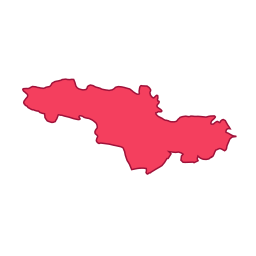 Shibin al-Qanatir, Al Qalyubiyah, Egypt, rotated 96°
{"feature_id": "37247803B12662956160688", "entity_name": "Shibin al-Qanatir", "entity_type": "district", "adm_level": 2, "iso_a3": "EGY", "parent_name": "Egypt", "parent_adm1": "Al Qalyubiyah", "projection": "equal_earth", "projection_center": [31.303, 30.296], "detail": "fine", "context": "isolated", "style": "filled", "palette": "rose", "viewbox_px": 256, "rotation_deg": 96, "n_neighbors": 0, "source": "geoboundaries", "source_scale": "gbopen_adm2", "svg_char_len": 5822}
<svg xmlns="http://www.w3.org/2000/svg" viewBox="0 0 256 256"><g transform="rotate(96 128 128)"><path d="M169.0,120.0L168.2,117.5L167.6,115.6L167.2,114.2L166.7,112.0L166.3,108.5L166.3,107.7L166.4,105.6L166.9,105.5L167.7,105.3L168.2,105.2L168.6,105.2L169.7,105.3L170.4,105.4L170.9,105.0L171.4,104.7L171.6,103.9L171.7,103.6L170.7,102.6L170.2,101.2L170.1,100.9L169.6,100.6L166.2,96.2L165.7,95.5L163.3,92.2L161.8,90.3L158.8,88.3L158.5,88.1L156.0,86.9L154.3,86.1L154.1,84.9L149.2,82.5L147.6,84.4L147.2,84.9L147.3,81.6L147.3,81.3L147.3,78.1L146.6,75.2L147.3,72.2L148.3,70.5L150.3,71.9L154.5,72.0L155.4,70.8L156.3,69.7L156.2,67.5L155.1,59.7L155.6,58.7L155.2,58.1L154.0,56.1L153.2,54.9L152.2,55.5L151.8,55.8L150.8,55.9L148.6,55.5L149.4,54.5L149.9,53.7L150.4,52.8L151.1,50.6L151.2,49.2L151.1,48.0L151.1,47.2L151.0,46.7L150.3,44.4L148.0,42.0L148.3,41.8L147.2,40.6L145.4,39.9L145.1,39.8L142.9,39.2L141.0,38.5L140.8,38.4L140.5,37.8L140.3,37.4L138.9,35.1L138.9,33.6L139.2,32.6L139.9,31.0L140.0,30.7L140.5,29.5L139.6,28.5L138.6,28.0L138.3,27.9L136.8,27.8L135.3,27.7L133.3,27.1L131.7,26.6L129.7,26.0L128.5,25.7L127.6,24.9L126.7,24.1L126.2,23.6L126.0,23.1L125.1,19.3L124.9,20.3L124.9,21.4L124.8,22.6L124.6,23.2L124.3,24.1L124.2,24.4L123.9,25.0L123.7,25.5L123.5,26.1L122.8,27.5L122.4,29.0L122.2,29.5L122.1,29.8L121.7,30.3L121.4,30.3L121.0,30.2L119.8,30.1L118.6,29.2L118.2,28.4L118.1,27.4L118.1,26.3L116.5,27.5L115.9,28.0L114.9,28.9L112.7,30.5L111.7,31.2L110.5,32.0L109.9,33.4L109.6,34.1L110.0,35.2L110.8,35.9L111.5,36.7L111.9,36.8L113.0,37.3L113.0,37.7L112.9,38.1L112.6,38.6L112.4,39.0L112.1,39.8L112.4,40.6L112.8,41.1L113.2,41.5L113.9,42.4L114.3,42.7L114.6,42.9L115.1,43.5L115.2,43.8L115.3,44.4L115.4,45.3L115.1,45.9L114.4,46.2L113.7,46.0L112.0,45.5L110.9,44.4L109.8,43.4L108.8,42.7L108.3,42.4L107.8,42.3L107.4,42.7L107.0,43.2L107.0,43.7L107.5,47.2L108.0,49.0L109.0,51.5L109.0,53.0L109.0,54.9L109.0,56.5L109.1,59.6L109.3,61.0L109.5,63.1L109.5,65.4L109.6,66.8L110.1,67.6L110.4,69.0L110.3,70.2L110.2,71.8L110.8,74.3L111.1,75.3L112.0,77.3L112.9,77.9L113.9,78.9L115.7,80.1L116.3,80.5L116.6,81.4L116.7,81.7L117.0,82.5L117.1,83.0L117.1,83.7L117.2,84.1L117.2,84.8L117.3,85.4L117.3,86.1L117.1,87.0L117.0,87.7L116.6,88.6L116.5,89.5L116.3,90.4L116.4,91.1L116.4,91.5L116.0,92.8L115.7,93.6L115.0,94.7L114.6,95.7L114.4,96.1L114.4,96.9L113.9,97.3L113.7,98.2L113.5,98.8L112.8,99.9L112.5,100.3L111.3,101.6L110.1,101.9L110.0,101.3L109.1,100.2L108.5,99.5L108.6,97.9L108.3,96.6L107.9,96.3L107.5,96.1L107.2,96.4L106.7,96.7L106.4,97.2L106.1,97.6L105.6,98.4L105.3,99.1L104.8,99.9L104.6,100.3L104.4,100.6L104.1,101.0L103.8,101.2L103.0,101.5L102.5,101.5L102.0,101.3L101.5,101.1L101.0,100.7L100.4,100.2L99.5,99.8L98.4,99.8L98.0,100.3L98.0,100.7L97.9,101.3L96.3,101.7L95.0,101.4L92.8,101.8L92.6,102.0L92.5,102.9L93.3,103.8L93.5,103.9L93.8,104.2L94.3,104.5L94.5,104.8L94.7,105.0L95.3,105.4L95.4,105.8L95.4,106.1L95.0,106.8L94.7,107.4L92.7,109.3L92.1,109.3L91.0,109.9L90.0,109.9L89.4,109.6L88.8,109.5L88.3,109.4L87.4,109.6L86.7,110.2L86.0,110.8L85.7,111.1L85.3,111.7L85.0,112.2L84.7,112.8L84.3,113.4L84.6,118.2L84.5,119.4L84.9,119.9L85.6,120.3L86.0,120.5L86.8,120.6L87.8,120.7L88.7,120.7L89.6,120.8L91.0,120.7L92.4,120.3L93.1,120.6L93.3,121.3L93.4,121.8L93.3,122.8L93.1,123.3L92.8,124.1L92.3,125.0L92.0,125.5L91.7,126.3L91.4,126.7L90.7,127.6L90.2,128.5L89.4,129.6L88.9,130.9L88.7,132.4L88.5,133.3L88.3,134.8L88.1,135.6L88.0,136.7L87.8,138.4L87.8,140.0L87.8,141.5L87.9,142.1L88.4,143.6L88.7,144.2L88.9,144.8L89.8,145.4L90.4,146.0L90.8,146.4L91.2,147.0L91.8,147.9L92.0,148.8L92.5,150.2L92.6,151.4L92.5,152.7L92.5,154.1L92.3,156.3L92.1,158.2L91.4,159.9L91.0,162.1L90.6,164.6L89.5,167.2L89.2,169.9L89.9,171.3L90.6,172.2L91.7,172.8L92.7,172.8L93.4,173.3L94.1,173.8L94.7,176.0L94.8,177.3L94.5,179.4L94.2,181.0L93.3,182.8L91.7,184.2L88.2,185.6L85.4,187.1L85.5,189.0L86.0,191.1L86.1,193.4L85.9,195.0L86.7,198.6L87.3,199.3L87.8,200.4L88.0,201.0L88.4,202.0L89.0,204.1L89.5,205.6L90.1,206.4L91.2,208.0L91.7,208.4L92.7,208.7L93.6,209.2L94.1,209.5L94.9,210.2L95.4,211.7L95.6,212.5L96.2,214.1L96.7,214.6L97.0,215.3L97.5,216.6L97.3,217.5L97.4,218.8L97.1,220.8L97.1,222.1L96.7,224.0L96.7,224.5L96.7,227.3L97.3,228.3L98.0,229.4L98.6,230.0L99.0,230.9L99.3,232.2L99.3,233.1L99.8,236.0L100.4,236.7L101.6,236.2L102.3,235.6L103.0,234.4L103.8,233.4L104.5,232.3L105.3,231.4L106.5,231.1L107.0,231.2L107.6,231.3L108.6,232.0L109.4,232.6L110.8,233.4L111.6,233.9L112.2,234.2L113.5,234.4L114.8,233.9L115.0,233.3L116.0,232.7L116.5,231.7L116.8,230.7L118.1,229.5L118.7,228.1L119.1,227.2L119.7,225.8L119.9,224.6L119.7,224.2L120.3,222.2L120.6,220.3L120.6,218.7L121.0,218.2L121.8,217.1L122.1,215.5L122.3,215.1L122.4,213.9L122.5,212.5L122.9,212.4L123.7,212.3L124.3,212.0L126.2,211.7L127.3,210.9L128.2,210.1L129.3,209.1L129.8,207.6L130.1,206.1L130.4,204.8L130.3,203.6L130.1,202.8L129.5,201.7L129.4,201.3L128.9,200.9L128.0,200.7L127.1,200.1L125.7,199.6L124.4,199.3L123.5,199.0L122.5,198.9L122.1,198.4L122.3,196.4L122.2,195.1L122.4,194.3L122.5,193.6L122.7,193.0L123.4,187.7L124.4,182.9L124.8,179.0L124.8,177.8L124.4,176.8L123.9,176.7L123.3,177.0L122.8,177.5L122.5,177.7L122.2,178.0L121.3,177.7L120.8,177.1L120.8,176.3L120.9,175.5L121.1,174.6L121.4,173.8L121.9,173.1L122.3,171.4L122.4,170.4L122.5,169.5L122.5,168.5L122.7,167.4L123.2,166.0L123.7,164.6L124.4,163.2L125.5,161.6L126.2,160.6L126.7,160.1L127.4,159.6L128.7,159.0L129.5,158.8L130.7,158.6L131.6,158.9L132.5,159.5L133.6,160.1L134.4,160.3L135.2,160.5L136.4,160.3L137.1,159.9L138.7,157.7L139.4,157.3L140.5,157.4L141.2,157.8L142.2,158.0L143.7,158.2L144.7,157.8L145.8,156.7L146.4,155.2L145.8,153.7L145.8,152.9L146.0,144.9L146.6,140.4L146.8,138.2L147.4,133.0L148.0,131.3L148.4,130.8L148.9,130.4L150.0,129.9L151.8,128.9L155.3,127.8L158.0,126.6L160.5,125.4L162.1,124.1L164.0,122.7L169.0,120.0Z" fill="#f43f5e" stroke="#9f1239" stroke-width="1.5"/></g></svg>